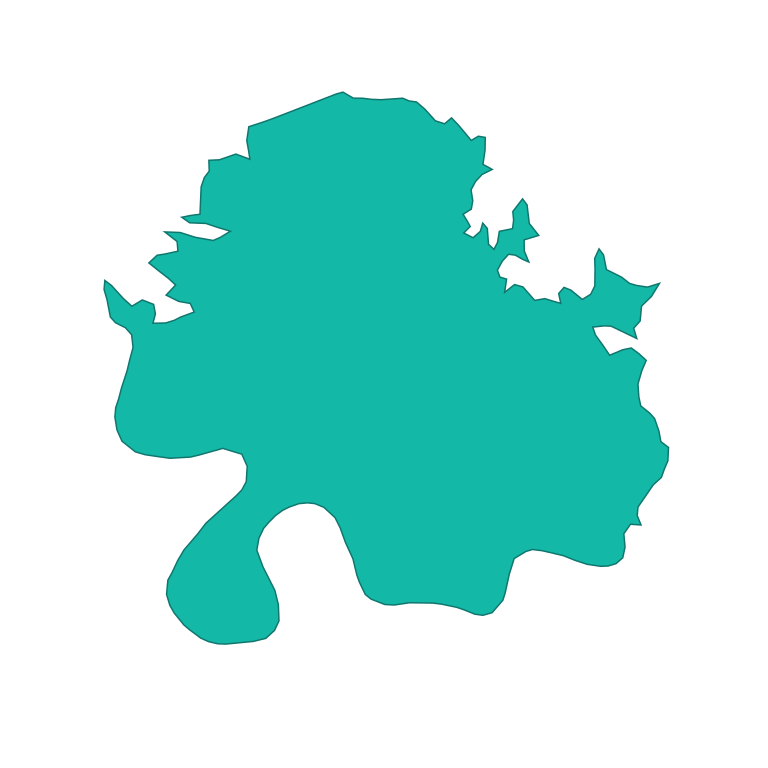 Nova Prata do Iguaçu, Paraná, Brazil, rotated 190°
{"feature_id": "56859067B9009825137056", "entity_name": "Nova Prata do Iguaçu", "entity_type": "district", "adm_level": 2, "iso_a3": "BRA", "parent_name": "Brazil", "parent_adm1": "Paraná", "projection": "orthographic", "projection_center": [-53.379, -25.587], "detail": "fine", "context": "isolated", "style": "filled", "palette": "teal", "viewbox_px": 768, "rotation_deg": 190, "n_neighbors": 0, "source": "geoboundaries", "source_scale": "gbopen_adm2", "svg_char_len": 3213}
<svg xmlns="http://www.w3.org/2000/svg" viewBox="0 0 768 768"><g transform="rotate(190 384 384)"><path d="M665.1,402.4L659.0,397.7L648.4,394.5L641.1,388.7L637.5,376.5L638.6,364.0L639.3,352.4L641.8,334.8L642.7,323.5L644.1,314.1L643.3,304.8L639.0,292.4L632.1,282.2L617.1,274.0L607.1,272.9L595.5,273.2L581.9,273.7L562.0,278.4L554.3,281.7L531.6,292.6L511.8,290.2L504.4,279.2L502.7,263.8L505.6,255.0L510.3,248.1L535.2,216.0L541.5,203.9L552.1,186.0L556.5,174.3L560.0,161.4L562.8,153.3L561.6,139.1L556.5,128.9L550.9,122.1L539.3,112.0L533.0,108.3L520.3,101.9L511.9,99.8L502.6,99.3L494.7,100.4L468.0,107.8L456.2,113.0L449.0,122.4L446.3,132.5L449.7,148.3L455.6,161.7L464.6,173.8L471.3,182.7L480.4,198.2L480.4,210.3L477.5,220.9L473.4,227.8L468.0,235.6L462.0,241.9L456.1,246.3L447.0,251.4L438.6,253.7L431.3,254.2L421.8,252.1L409.0,243.9L402.1,234.6L394.4,221.2L384.2,206.4L377.6,191.2L373.9,184.7L365.9,173.5L359.4,169.9L345.0,167.0L335.6,168.1L320.9,173.0L298.2,176.7L289.1,177.2L273.7,176.7L266.5,175.6L254.6,173.1L246.4,173.4L237.8,177.6L229.4,191.7L228.4,199.1L227.6,218.4L225.5,234.7L215.2,243.7L209.1,246.8L199.1,247.3L177.6,246.1L165.2,243.5L152.6,241.7L138.8,242.1L131.6,243.7L124.3,247.4L118.7,254.3L118.3,265.2L121.8,278.2L116.9,288.7L106.4,289.8L111.8,298.4L112.5,306.9L101.3,331.5L94.6,340.2L93.2,348.6L91.1,357.6L92.8,370.9L101.3,375.3L105.0,385.2L111.5,396.9L117.0,401.3L127.3,407.0L130.8,415.5L133.9,428.1L132.4,441.9L129.9,452.8L138.0,458.0L146.7,462.4L154.8,459.2L166.8,451.5L174.5,459.5L184.3,469.0L188.3,476.3L177.5,479.4L170.5,480.4L159.8,477.4L143.0,472.7L147.8,482.3L142.7,490.5L143.9,505.5L135.8,516.7L130.2,530.9L141.3,525.2L152.2,524.9L159.6,525.7L168.4,530.4L184.8,535.3L190.2,549.2L195.7,554.4L198.3,544.3L196.1,533.7L193.4,517.2L196.0,508.3L203.4,501.7L216.2,508.9L223.5,510.4L227.7,503.4L223.9,494.1L231.6,494.9L240.5,496.0L250.1,492.5L264.0,503.7L272.7,504.6L281.1,495.2L281.5,508.6L288.4,509.4L292.1,515.8L288.8,525.6L283.8,533.4L277.1,533.7L269.2,530.9L262.6,529.3L269.0,539.4L271.0,550.3L257.4,557.2L268.8,567.3L274.2,585.2L279.7,590.4L287.1,576.2L284.8,567.8L284.4,559.3L296.9,554.4L296.8,543.0L299.1,535.7L305.3,539.7L309.3,555.2L314.7,559.6L315.6,551.1L321.7,543.5L331.7,546.6L326.4,554.1L330.9,559.6L335.6,564.9L328.4,571.4L328.4,579.9L332.0,590.4L329.0,599.4L323.8,607.4L314.7,614.1L324.7,617.5L325.1,631.7L327.1,644.4L334.1,644.4L340.4,639.0L345.8,643.6L355.7,651.9L363.7,657.8L369.5,650.8L379.1,652.1L391.4,661.7L401.0,667.4L408.4,667.1L415.2,668.7L436.0,663.5L445.5,662.2L454.6,661.7L463.9,660.2L475.1,664.3L481.4,661.3L539.4,626.2L548.1,621.2L561.8,613.9L561.4,599.9L557.7,589.8L555.1,582.0L569.8,584.7L585.1,576.2L595.3,573.9L593.1,563.3L596.8,556.0L598.3,546.4L594.7,519.2L603.7,516.4L612.1,513.1L603.4,509.0L587.3,511.2L575.4,509.4L561.8,507.8L570.5,500.1L577.1,495.7L595.3,495.7L611.1,497.8L626.3,495.7L612.5,488.4L610.0,479.0L622.5,473.9L629.8,471.4L636.6,462.4L624.7,455.9L614.8,450.7L606.4,445.3L614.0,433.7L600.5,429.7L588.8,429.7L583.4,421.9L595.8,414.7L601.6,410.3L609.6,406.2L622.1,403.7L621.3,413.4L624.7,422.4L636.6,424.8L645.8,416.8L655.4,422.8L669.5,433.7L676.9,437.5L676.1,428.5L671.4,418.9L665.1,402.4Z" fill="#14b8a6" stroke="#0f766e" stroke-width="1.5"/></g></svg>